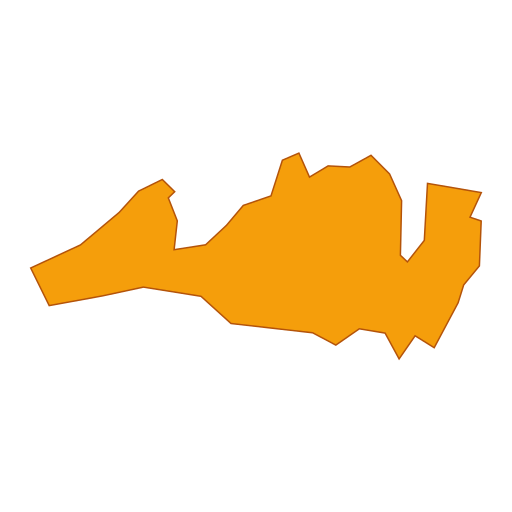 Narin, Namangan, Uzbekistan (Mercator projection)
{"feature_id": "79887680B11323044548647", "entity_name": "Narin", "entity_type": "district", "adm_level": 2, "iso_a3": "UZB", "parent_name": "Uzbekistan", "parent_adm1": "Namangan", "projection": "mercator", "projection_center": [71.985, 40.952], "detail": "fine", "context": "isolated", "style": "filled", "palette": "amber", "viewbox_px": 512, "rotation_deg": 0, "n_neighbors": 0, "source": "geoboundaries", "source_scale": "gbopen_adm2", "svg_char_len": 657}
<svg xmlns="http://www.w3.org/2000/svg" viewBox="0 0 512 512"><path d="M481.2,221.0L470.0,217.2L481.3,192.6L427.5,183.4L424.3,240.4L407.4,261.9L400.4,255.3L401.6,200.7L389.6,174.0L371.0,155.3L349.8,167.0L328.1,165.9L309.5,177.1L298.9,153.1L282.4,160.2L271.0,195.9L243.3,205.4L226.5,225.3L205.6,244.8L174.1,249.7L177.3,220.9L168.3,197.9L174.7,191.7L162.3,179.5L138.6,191.1L119.2,212.4L80.5,244.9L30.7,268.0L49.2,305.6L102.4,295.9L143.3,287.1L201.0,296.3L231.0,323.5L312.7,332.8L335.8,345.1L359.3,328.8L385.1,333.1L399.1,358.9L415.1,335.8L434.2,347.7L458.1,302.8L463.7,284.9L479.4,265.9L481.2,221.0Z" fill="#f59e0b" stroke="#b45309" stroke-width="1.5"/></svg>